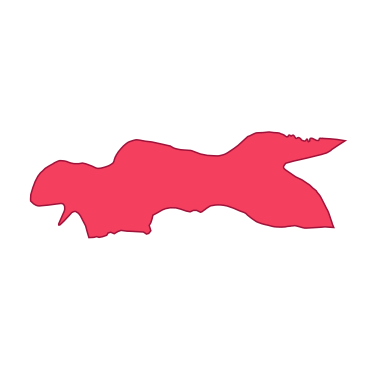 Nhommalath, Khammouan, Laos (Mercator projection), rotated 349°
{"feature_id": "54806243B45246983413139", "entity_name": "Nhommalath", "entity_type": "district", "adm_level": 2, "iso_a3": "LAO", "parent_name": "Laos", "parent_adm1": "Khammouan", "projection": "mercator", "projection_center": [105.307, 17.543], "detail": "fine", "context": "isolated", "style": "filled", "palette": "rose", "viewbox_px": 384, "rotation_deg": 349, "n_neighbors": 0, "source": "geoboundaries", "source_scale": "gbopen_adm2", "svg_char_len": 4587}
<svg xmlns="http://www.w3.org/2000/svg" viewBox="0 0 384 384"><g transform="rotate(349 192 192)"><path d="M352.1,170.9L344.4,168.1L337.9,166.2L330.5,164.3L330.4,164.2L330.1,164.3L329.9,164.3L329.7,164.1L327.9,163.7L327.3,163.8L326.8,164.8L326.0,165.6L324.0,165.1L320.5,162.4L319.1,161.9L318.3,162.0L317.7,162.8L317.7,163.3L317.5,163.6L317.4,164.2L317.1,164.5L316.9,164.6L316.2,164.8L315.8,164.8L315.6,164.4L315.6,163.7L315.6,163.2L315.3,162.4L315.1,162.1L314.7,162.0L314.3,162.3L314.0,162.7L313.5,163.1L312.8,163.5L312.0,163.4L311.8,163.4L311.1,163.0L311.0,162.9L310.0,162.3L309.4,161.9L309.1,161.3L309.1,160.9L308.6,160.3L308.0,159.5L307.6,159.3L307.3,159.2L306.7,158.8L306.0,158.9L305.6,159.1L305.1,159.3L304.5,159.3L304.1,159.1L303.7,158.3L303.4,157.4L302.9,156.3L302.5,155.8L302.2,155.5L301.8,155.5L301.7,155.5L301.1,155.5L300.3,156.0L300.0,156.0L299.5,155.7L299.2,155.2L298.7,154.8L298.3,154.7L297.9,154.7L297.5,154.9L297.3,155.2L297.2,155.4L297.0,155.6L296.7,156.0L296.4,156.0L296.2,156.0L295.3,155.8L294.6,155.2L293.5,154.0L293.4,154.0L293.2,153.6L291.4,152.4L291.2,152.4L290.2,151.7L288.9,150.8L287.2,150.2L283.7,149.3L280.0,148.1L279.2,147.8L272.9,147.2L268.4,146.5L266.9,146.3L265.9,146.3L264.8,146.5L263.4,146.8L261.2,147.4L259.8,147.8L258.8,148.0L258.0,148.1L257.5,148.2L257.2,148.3L246.1,155.1L241.5,157.3L235.8,159.7L234.6,160.2L232.2,161.0L231.3,161.2L230.0,161.4L228.8,161.5L226.8,161.6L225.4,161.6L224.3,161.5L222.8,161.2L214.1,159.0L207.5,156.3L201.0,152.3L200.1,151.7L199.3,151.3L198.5,150.9L198.0,150.8L190.9,148.9L189.5,148.5L187.8,147.9L184.5,146.5L182.9,145.6L181.8,144.9L180.8,143.9L180.0,143.3L179.6,142.8L171.2,139.1L162.1,135.2L155.8,133.2L151.5,131.5L149.9,130.9L148.4,130.4L146.9,130.1L146.2,130.1L145.3,130.1L143.2,130.3L141.6,130.5L140.9,130.6L140.0,130.7L138.6,131.1L136.8,131.9L135.3,132.7L133.3,133.9L130.7,135.8L128.9,137.3L127.4,138.5L126.1,139.9L124.7,141.3L124.0,142.4L123.6,142.7L122.7,144.1L122.3,144.9L121.9,145.5L121.4,146.7L120.8,147.5L120.3,148.2L119.4,148.8L117.8,149.5L116.2,150.1L114.5,150.5L111.6,150.9L110.5,151.0L107.3,151.2L104.9,151.0L103.6,150.7L102.5,150.2L101.6,149.6L98.6,147.4L93.2,144.1L90.0,142.7L86.4,142.6L83.2,142.0L81.4,141.6L78.5,140.4L76.4,139.2L74.7,138.1L72.7,137.2L70.4,136.5L68.4,136.0L67.2,136.0L65.7,136.3L63.7,136.8L62.5,137.1L60.9,137.8L58.4,138.6L56.0,139.4L54.0,140.2L52.4,140.8L49.6,142.7L46.9,144.3L43.7,147.2L40.1,151.7L36.6,157.4L35.4,159.7L34.5,161.4L33.2,164.0L32.8,165.8L32.5,166.8L32.2,168.0L31.9,170.0L33.0,171.6L34.2,173.3L35.3,174.3L36.2,175.1L37.5,175.9L38.9,176.4L39.9,176.6L41.2,176.7L48.1,177.4L56.4,177.9L60.9,178.2L62.1,178.5L63.0,179.0L63.4,179.6L63.8,180.2L64.1,181.2L64.2,181.9L64.1,182.6L63.9,184.1L63.6,185.1L62.9,186.5L55.3,197.5L55.0,198.1L54.9,198.6L54.9,199.0L55.1,199.1L55.5,199.1L56.2,199.0L60.6,196.2L66.7,191.8L68.9,190.1L69.9,189.3L70.6,189.1L71.3,188.9L72.0,188.7L72.6,188.7L73.3,188.7L74.0,188.9L74.7,189.4L75.2,190.0L76.3,191.0L77.0,192.2L77.9,194.0L81.1,204.9L81.5,210.5L81.7,212.9L82.1,217.1L86.9,217.8L89.9,217.6L92.1,218.8L95.7,218.8L100.0,218.2L101.8,216.2L104.6,216.0L107.7,218.1L110.2,217.2L111.9,216.6L113.5,216.4L114.9,216.1L120.6,218.0L125.6,219.2L136.7,222.0L139.3,224.6L141.6,224.4L144.2,222.2L143.6,216.6L145.7,214.3L147.6,210.9L149.2,207.3L154.3,205.7L159.5,203.9L162.9,203.3L167.6,203.3L173.2,204.5L177.7,206.7L182.9,209.7L186.4,211.1L189.8,210.3L193.0,210.9L196.5,213.5L197.7,213.3L198.5,213.1L199.7,212.4L201.6,211.6L203.1,210.8L204.6,210.2L205.6,209.8L207.2,209.2L208.8,209.1L209.6,209.2L212.0,209.2L215.0,209.6L217.7,210.2L220.3,211.0L223.8,212.4L229.7,215.8L235.2,219.6L239.2,222.0L240.2,222.8L240.9,223.5L242.2,225.4L244.6,228.2L246.3,230.1L248.5,232.3L249.6,233.4L251.4,234.6L254.6,236.5L257.5,237.9L260.3,239.1L264.2,241.0L265.9,241.7L267.9,242.3L270.8,243.0L273.0,243.5L276.6,244.0L279.3,244.0L282.0,244.3L283.0,244.3L283.9,244.4L284.8,244.5L285.5,244.5L286.3,244.6L287.5,245.0L289.4,245.9L294.0,248.2L295.7,248.9L297.2,249.2L298.6,249.4L300.8,249.7L302.9,250.0L310.3,251.0L312.8,251.3L315.9,251.6L319.9,252.7L324.4,253.9L323.6,249.9L323.5,248.2L323.2,246.3L322.2,238.8L321.6,236.0L320.7,233.2L320.1,230.9L317.5,221.9L316.7,219.7L314.8,216.2L314.1,214.4L311.2,211.0L308.9,207.7L304.8,203.6L302.4,201.2L296.5,196.8L287.9,188.0L286.9,186.6L286.6,186.0L286.6,185.4L286.7,184.7L286.9,184.2L287.6,183.4L289.3,181.8L290.0,181.6L298.1,181.0L311.5,180.6L323.6,180.0L326.0,179.9L327.8,179.7L329.6,179.5L331.0,179.4L331.6,179.3L332.9,178.9L336.0,177.8L337.4,176.9L339.1,176.2L344.8,173.8L352.1,170.9Z" fill="#f43f5e" stroke="#9f1239" stroke-width="1.5"/></g></svg>